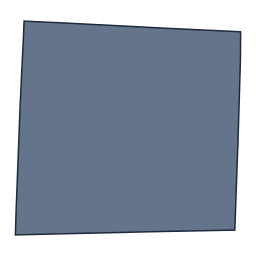 outline of Randolph, North Carolina, United States of America
{"feature_id": "52423323B72128668432216", "entity_name": "Randolph", "entity_type": "district", "adm_level": 2, "iso_a3": "USA", "parent_name": "United States of America", "parent_adm1": "North Carolina", "projection": "robinson", "projection_center": [-79.833, 35.713], "detail": "fine", "context": "isolated", "style": "filled", "palette": "slate", "viewbox_px": 256, "rotation_deg": 0, "n_neighbors": 0, "source": "geoboundaries", "source_scale": "gbopen_adm2", "svg_char_len": 435}
<svg xmlns="http://www.w3.org/2000/svg" viewBox="0 0 256 256"><path d="M24.1,21.1L23.3,40.1L23.3,40.7L21.2,82.4L20.5,98.5L20.4,99.2L20.1,105.3L20.1,106.0L16.4,203.4L16.3,204.7L15.4,234.9L143.7,231.9L162.4,231.5L234.8,230.1L237.7,148.7L237.9,144.8L240.4,61.0L240.6,38.4L240.6,36.7L240.6,31.8L216.5,30.6L216.4,30.6L167.1,28.3L145.7,27.2L60.8,22.8L59.5,22.7L56.1,22.6L24.1,21.1Z" fill="#64748b" stroke="#1e293b" stroke-width="1.5"/></svg>